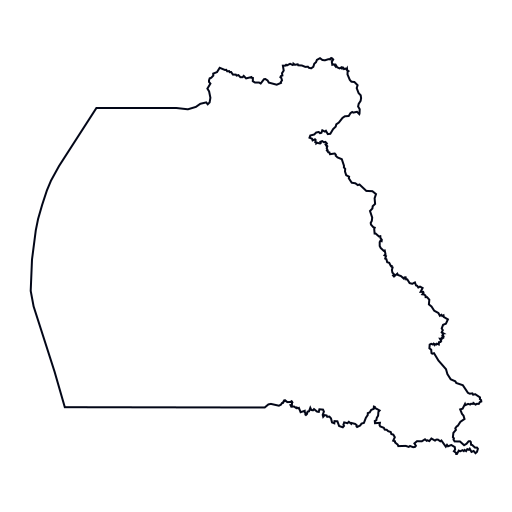 outline of Rutsiro, Western, Rwanda
{"feature_id": "39286606B49553879902836", "entity_name": "Rutsiro", "entity_type": "district", "adm_level": 2, "iso_a3": "RWA", "parent_name": "Rwanda", "parent_adm1": "Western", "projection": "robinson", "projection_center": [29.444, -1.9], "detail": "fine", "context": "isolated", "style": "outline", "palette": "ink", "viewbox_px": 512, "rotation_deg": 0, "n_neighbors": 0, "source": "geoboundaries", "source_scale": "gbopen_adm2", "svg_char_len": 6012}
<svg xmlns="http://www.w3.org/2000/svg" viewBox="0 0 512 512"><path d="M475.0,447.6L472.2,445.0L471.1,444.8L470.8,442.0L470.1,441.2L468.6,441.3L466.5,443.8L464.1,445.2L460.0,441.5L454.6,441.4L453.5,439.6L453.9,438.3L452.9,437.2L453.4,432.8L455.9,429.9L455.3,428.3L456.7,426.4L457.8,425.8L460.4,421.8L464.5,419.0L463.5,415.6L462.0,413.9L460.2,409.4L462.6,408.7L465.0,404.0L465.4,405.1L468.1,403.9L470.2,404.5L470.9,403.8L473.0,403.9L473.4,403.0L475.6,404.6L476.8,403.8L478.8,403.9L479.8,402.1L481.3,401.5L481.1,400.1L479.9,399.1L480.0,397.4L475.2,394.2L473.1,394.7L472.4,393.4L469.7,393.7L467.9,392.8L462.8,385.2L456.3,383.0L455.3,381.3L450.7,379.3L447.4,374.1L446.0,369.2L438.4,360.5L434.0,353.2L432.3,353.7L431.5,353.1L431.2,349.7L429.4,348.3L429.7,344.6L431.2,343.8L432.8,344.5L433.6,343.7L434.6,345.0L435.1,344.1L436.3,344.5L436.9,343.7L438.8,344.5L439.0,342.2L440.5,342.0L441.2,341.0L440.0,338.8L441.6,339.0L443.1,337.9L442.2,337.3L443.4,336.4L442.5,335.5L443.1,335.0L442.5,333.5L443.5,333.4L441.7,332.3L442.8,330.2L441.7,328.4L443.1,324.8L445.9,323.7L447.9,319.4L443.8,317.0L443.5,315.3L442.2,316.0L441.4,314.8L439.9,315.8L438.4,313.0L434.2,310.7L431.5,306.5L428.9,304.4L429.3,299.7L427.0,297.1L425.6,297.1L425.5,295.6L424.3,294.6L422.4,294.3L423.5,292.8L423.2,291.9L420.6,291.9L422.6,288.0L420.0,286.6L418.3,287.5L417.2,285.8L416.0,285.4L414.9,282.4L412.3,283.8L409.6,283.1L407.3,279.4L406.1,279.4L405.6,277.3L404.5,277.4L403.9,278.7L401.0,276.1L397.8,274.9L397.3,273.7L394.0,276.5L393.1,275.5L394.3,274.6L392.4,272.6L391.9,270.0L392.6,267.4L391.7,266.9L391.7,266.0L390.8,265.9L389.2,262.8L387.2,262.2L386.4,259.2L385.2,258.6L386.0,256.1L384.5,255.3L385.5,254.2L384.7,250.5L383.8,250.9L380.7,248.0L379.7,246.0L379.7,242.1L380.4,240.8L381.6,241.2L381.8,239.8L380.5,238.1L380.3,236.2L379.0,236.5L375.6,233.5L374.6,233.5L374.2,229.0L374.7,227.7L373.3,227.2L371.0,224.6L370.7,222.9L371.8,220.9L372.2,217.6L370.0,211.0L372.4,208.5L372.7,206.2L375.1,203.9L374.6,198.3L376.0,194.1L372.4,191.2L366.3,190.9L359.5,184.5L357.8,185.1L355.4,183.3L351.7,182.7L348.8,178.3L349.1,176.7L346.2,175.2L345.0,171.5L345.2,168.9L343.9,167.4L344.0,165.8L341.8,159.2L337.5,157.4L335.7,155.7L335.8,154.7L334.7,153.5L330.0,154.2L329.4,152.4L328.3,152.3L327.0,150.5L327.6,150.2L326.7,148.2L327.1,147.0L325.9,145.0L326.5,145.1L325.9,144.3L326.8,143.4L325.4,141.9L323.8,142.2L322.2,141.1L320.4,141.8L320.8,142.9L320.1,143.5L317.2,142.8L316.3,143.4L316.3,142.4L315.3,142.2L315.6,139.9L315.0,139.3L312.6,140.4L312.0,138.7L309.5,137.7L310.3,135.5L314.2,134.5L316.2,132.5L318.7,132.0L320.0,133.2L321.4,132.8L322.3,130.3L324.9,131.6L325.9,130.8L327.8,134.1L330.3,133.8L333.1,129.1L335.7,126.6L336.3,124.3L338.8,122.6L342.5,117.9L344.8,116.3L348.7,116.0L350.5,113.1L352.2,112.0L353.3,112.6L357.0,111.8L359.3,114.1L359.5,113.5L359.7,109.2L358.1,106.5L358.7,103.8L360.6,100.9L361.1,98.1L360.7,95.3L358.6,93.1L356.7,88.1L357.6,85.2L354.4,82.0L351.4,81.7L349.8,79.9L347.5,74.4L347.6,71.7L348.4,71.1L347.2,70.3L347.0,68.6L346.5,69.5L345.7,68.6L344.0,69.1L343.2,67.6L341.9,67.3L341.7,68.4L340.8,67.7L339.6,68.4L337.2,67.3L335.9,65.2L335.5,66.3L333.9,64.3L332.3,64.8L331.8,61.8L333.2,59.5L332.2,58.4L331.2,58.0L330.4,58.6L330.5,59.4L328.4,59.2L324.9,60.3L322.4,60.0L320.0,58.2L316.9,59.9L316.0,62.2L314.3,63.7L313.3,66.8L311.2,68.3L308.9,67.8L307.9,66.7L305.3,66.9L301.9,65.5L298.2,65.3L297.7,64.3L294.9,64.8L293.5,63.7L293.4,64.7L292.7,65.0L290.1,63.8L286.9,65.4L286.1,64.8L285.2,65.7L282.9,65.7L283.7,70.6L282.0,73.2L282.4,75.5L280.9,76.1L280.4,77.2L281.3,77.9L282.0,80.3L280.8,82.2L281.0,82.9L276.7,84.7L268.8,82.6L267.6,80.5L265.3,79.0L264.0,79.2L260.7,83.5L259.0,82.5L254.9,82.5L252.8,81.2L252.9,78.0L251.2,77.7L251.2,77.1L246.1,78.4L243.7,75.9L242.6,77.2L240.4,77.2L238.4,75.1L236.6,75.6L235.8,74.6L232.9,74.6L231.1,72.0L229.7,72.2L229.1,71.1L227.2,71.3L226.2,69.8L225.0,70.0L219.7,67.8L217.0,72.1L213.2,73.6L213.3,75.6L211.2,77.8L209.7,78.3L209.0,80.4L209.0,81.9L210.4,83.6L207.4,88.6L209.1,91.4L210.4,97.8L209.6,102.4L207.7,104.3L206.2,102.4L200.3,103.8L195.9,106.9L187.9,109.3L176.4,108.0L96.4,108.0L59.1,165.9L51.0,180.6L46.9,190.4L42.2,204.7L38.1,218.9L35.8,230.2L32.0,259.5L30.7,290.9L33.6,306.4L54.6,371.8L64.8,407.2L264.7,407.5L268.4,404.4L270.9,403.9L278.9,405.7L281.0,404.6L281.9,403.1L282.9,403.0L283.4,401.6L284.2,401.4L284.1,400.5L285.0,400.2L287.3,402.1L290.4,402.0L291.6,401.2L292.5,402.2L293.0,401.9L292.0,402.7L291.9,404.8L290.5,405.1L291.3,406.7L294.0,406.5L296.3,408.1L296.8,407.5L298.1,408.3L298.9,407.9L300.6,412.2L304.7,410.8L304.8,412.6L305.9,413.3L305.4,414.6L305.9,415.0L306.9,414.1L307.6,411.6L309.0,411.3L310.3,407.8L311.3,410.0L313.0,410.3L314.0,409.1L317.0,411.6L318.8,411.9L319.4,409.3L323.0,409.6L323.9,411.6L322.7,414.9L323.2,416.8L324.7,415.1L326.6,415.5L327.2,416.8L329.4,416.6L331.0,418.4L332.0,422.4L334.3,423.3L334.5,421.1L337.4,421.3L339.1,426.0L342.8,427.3L344.0,425.9L343.4,424.8L344.2,422.4L347.5,423.2L348.8,421.8L351.2,423.8L351.5,423.0L355.1,423.9L356.6,425.1L356.5,426.4L357.1,427.0L360.2,425.5L361.5,423.6L363.9,422.9L365.9,417.7L367.7,415.1L367.8,413.1L369.7,412.4L371.2,409.9L373.7,408.9L373.9,406.6L374.8,406.9L374.9,407.9L379.6,410.5L378.4,411.9L378.1,415.7L376.8,417.8L376.3,420.3L374.8,421.0L375.0,423.2L379.9,422.8L379.5,425.0L380.2,426.4L383.8,427.8L384.7,429.6L386.7,429.8L388.2,431.2L390.7,432.0L391.4,434.1L393.3,434.6L394.8,437.2L393.2,440.7L395.0,441.3L395.1,442.5L397.7,444.6L398.3,446.1L405.8,445.9L408.7,446.9L410.0,446.0L413.2,447.2L415.0,446.9L415.9,445.8L414.4,443.4L417.0,441.2L421.8,441.3L425.0,439.3L426.7,440.8L427.5,440.3L429.3,441.1L431.4,438.5L435.0,440.6L436.3,439.6L437.9,439.6L440.3,441.3L441.4,440.5L445.8,446.7L447.0,444.9L448.0,446.3L451.3,445.0L454.8,447.1L455.1,449.6L453.9,451.2L456.0,452.8L456.2,454.0L456.9,454.0L458.8,450.6L460.1,451.3L462.6,450.2L463.8,451.1L464.7,450.0L466.1,451.1L467.3,449.1L468.8,449.8L469.7,448.7L471.5,451.9L473.6,451.0L475.5,453.2L477.0,451.8L477.9,448.8L477.0,447.6L475.0,447.6Z" fill="none" stroke="#020617" stroke-width="2"/></svg>